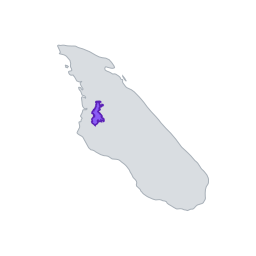 Ambato Boeni, Boeny, Madagascar shown in context, rotated 303°
{"feature_id": "10022922B29824664852903", "entity_name": "Ambato Boeni", "entity_type": "district", "adm_level": 2, "iso_a3": "MDG", "parent_name": "Madagascar", "parent_adm1": "Boeny", "projection": "natural_earth1", "projection_center": [46.383, -16.718], "detail": "fine", "context": "in_parent", "style": "filled", "palette": "violet", "viewbox_px": 256, "rotation_deg": 303, "n_neighbors": 0, "source": "geoboundaries", "source_scale": "gbopen_adm2", "svg_char_len": 6988}
<svg xmlns="http://www.w3.org/2000/svg" viewBox="0 0 256 256"><g transform="rotate(303 128 128)"><path d="M162.8,29.7L163.4,31.3L164.1,32.8L166.3,36.5L167.3,38.0L168.1,39.5L168.4,42.5L169.8,47.2L171.1,54.3L171.5,61.6L171.9,65.0L172.9,68.1L174.5,71.4L175.0,75.0L174.0,78.7L172.5,82.3L172.1,82.9L171.4,83.8L171.1,83.8L169.9,82.9L169.0,81.4L167.8,77.9L167.3,76.1L166.8,75.8L165.4,76.0L164.3,77.1L164.1,77.8L164.3,79.8L164.7,81.5L164.9,83.3L164.9,85.6L165.3,86.3L165.9,86.9L166.5,88.4L166.5,91.9L166.2,93.7L165.2,95.2L165.2,96.1L165.6,97.0L165.2,97.5L163.9,98.2L163.3,98.7L162.6,100.3L161.4,103.5L161.2,105.1L161.9,110.1L161.7,113.6L160.2,120.3L159.3,123.5L158.1,127.4L156.2,132.4L154.3,138.7L152.7,145.2L151.6,149.1L150.2,153.0L148.4,159.8L146.9,166.7L144.6,174.3L141.4,182.8L141.1,183.9L140.4,188.2L139.7,192.0L138.9,195.7L137.1,201.9L136.9,203.8L136.5,205.6L134.8,209.5L134.1,210.9L133.6,212.4L133.3,214.4L132.8,216.2L131.6,219.7L129.7,222.6L128.5,223.7L125.8,225.3L124.4,225.6L121.4,225.6L118.5,226.5L115.4,228.2L112.5,230.2L111.4,231.1L110.1,231.6L106.3,231.8L105.1,231.3L101.2,228.1L99.7,227.6L96.9,227.1L96.0,226.9L95.2,226.4L94.1,224.8L91.8,223.3L91.2,222.9L90.9,221.9L90.6,220.9L90.0,219.7L89.6,217.4L88.8,215.8L86.7,213.1L86.5,212.2L86.3,209.2L86.3,207.2L86.1,203.6L86.3,201.8L87.1,200.3L86.8,198.6L86.0,196.9L85.7,195.0L85.1,193.4L82.8,190.4L82.3,188.9L81.9,187.4L81.1,182.6L81.0,181.0L81.1,177.5L81.4,175.7L81.9,174.4L82.0,173.5L82.4,172.7L82.9,172.1L83.2,171.3L84.0,166.8L85.1,165.8L86.7,165.3L87.9,164.1L88.6,162.5L89.3,159.3L91.3,156.0L92.0,154.3L93.6,151.8L94.9,148.2L95.4,146.5L95.7,144.7L96.0,140.9L96.3,139.0L96.2,137.2L95.4,135.2L93.5,131.7L93.4,131.1L93.5,128.5L93.4,126.6L92.7,124.7L91.7,122.9L90.8,119.6L90.4,114.1L90.5,112.2L90.2,110.4L89.5,108.7L90.0,105.8L95.7,95.2L95.9,94.0L95.7,90.8L95.8,88.9L96.0,88.2L96.4,87.8L97.4,87.6L102.1,87.1L102.7,86.8L103.9,85.9L105.5,84.2L106.2,83.7L106.8,83.9L107.2,84.6L107.8,85.0L109.6,84.2L110.4,84.2L111.1,84.3L111.5,83.6L111.7,82.6L111.9,82.0L112.4,81.6L114.9,81.4L116.4,81.1L118.4,80.4L118.9,80.5L120.5,83.0L121.0,83.2L121.6,83.3L122.1,82.8L120.8,81.6L120.6,80.9L120.7,80.0L121.4,78.3L122.6,77.0L125.2,74.9L127.9,72.6L128.7,72.4L129.4,72.8L129.9,75.6L129.8,76.0L130.2,76.1L130.7,75.7L131.2,74.6L131.2,73.7L130.9,72.8L130.7,72.1L130.7,71.4L132.0,69.8L133.1,68.2L133.6,66.3L134.1,65.5L135.2,64.5L135.5,64.7L135.8,65.5L136.0,66.3L135.7,67.1L135.2,67.9L135.1,69.0L135.7,69.2L136.3,69.0L137.2,67.0L138.2,65.1L138.8,64.2L139.6,63.5L140.9,63.6L142.1,64.0L140.1,62.1L139.6,59.4L142.0,54.8L142.0,53.8L142.4,53.5L142.5,53.1L141.3,51.5L141.1,50.8L141.2,49.6L141.8,48.5L142.4,47.8L143.1,47.5L143.7,47.9L145.0,49.2L145.9,49.4L147.0,48.2L147.9,46.6L149.2,45.6L150.8,44.9L153.1,42.5L154.6,37.4L154.7,35.9L154.4,34.1L153.8,32.4L153.0,30.2L153.2,29.8L154.4,30.1L154.9,29.8L156.2,27.9L158.5,24.2L159.2,24.3L159.9,24.9L160.1,25.9L160.6,26.6L162.1,28.4L162.8,29.7ZM147.1,44.0L147.1,44.5L145.4,44.3L145.1,42.4L146.0,42.3L146.1,41.5L146.7,41.4L147.2,43.1L147.1,44.0ZM167.8,98.3L166.3,101.1L166.7,98.8L168.4,95.4L168.9,95.1L167.8,98.3Z" fill="#d9dde1" stroke="#a8b0b8" stroke-width="1"/><path d="M112.2,99.1L112.4,99.0L112.7,99.0L112.8,99.1L113.4,99.1L113.5,99.2L113.7,99.3L113.9,99.4L114.0,99.4L114.4,99.5L114.6,99.7L114.8,99.7L114.9,99.8L115.1,99.8L115.4,99.7L115.5,99.7L115.7,99.8L115.8,99.7L116.0,99.7L116.4,99.6L116.6,99.7L116.6,99.4L116.9,99.1L117.0,98.9L117.2,99.0L117.3,99.0L117.3,98.9L117.2,98.7L117.3,98.6L117.5,98.5L117.8,98.5L117.7,98.7L117.7,98.8L117.8,98.8L117.7,98.9L117.8,99.0L117.9,99.3L117.8,99.2L117.8,99.3L118.0,99.5L118.1,99.8L117.9,100.1L118.0,100.1L118.0,100.3L118.1,100.6L118.3,100.7L118.5,100.8L118.6,101.1L118.6,101.3L118.6,101.6L118.6,101.9L118.7,102.1L118.8,101.9L119.2,101.4L119.4,101.4L119.6,101.3L119.8,101.3L119.9,101.2L119.9,101.3L120.0,101.4L119.9,101.7L120.0,101.9L120.0,102.1L120.2,102.4L120.2,102.6L120.3,102.7L120.4,102.9L120.3,103.0L120.3,103.3L120.3,103.5L120.2,104.0L120.4,104.1L120.8,103.9L121.0,103.9L121.4,103.7L121.7,103.5L121.8,103.3L122.0,103.1L122.0,102.8L122.3,102.7L122.2,102.5L122.3,102.5L122.3,102.3L122.4,102.1L122.3,101.9L122.6,101.7L122.4,100.9L122.4,100.7L122.5,100.4L122.4,100.3L122.5,100.2L122.7,99.9L122.8,99.6L123.0,99.7L123.4,99.5L123.6,99.8L123.7,99.7L123.8,99.7L124.2,99.2L124.2,98.8L124.2,98.7L124.5,98.3L124.6,97.8L124.6,97.6L124.4,97.4L124.6,97.1L124.9,96.8L125.0,96.7L125.0,96.3L124.9,96.2L125.0,96.1L124.9,95.9L124.9,95.7L125.0,95.6L125.2,95.4L125.2,95.1L125.2,94.5L125.2,94.3L125.2,94.1L125.3,93.9L125.5,93.7L125.8,94.0L126.2,94.0L126.4,94.0L126.6,93.9L126.8,93.9L126.8,94.0L127.0,94.1L127.3,94.3L127.5,94.4L127.6,94.5L128.1,94.5L128.1,94.4L128.2,94.1L128.4,94.2L128.5,94.0L128.6,93.9L128.7,93.6L128.8,93.8L129.0,93.7L129.5,93.1L129.8,93.0L130.0,93.1L130.3,93.2L130.5,93.2L130.6,93.3L130.7,93.1L130.8,93.2L130.9,93.4L131.1,93.4L131.1,93.5L131.3,93.8L131.4,93.7L131.5,93.7L131.5,93.8L131.7,94.0L131.8,94.0L132.0,94.0L132.1,93.8L132.3,94.0L132.5,94.3L132.7,94.5L132.9,94.4L132.9,94.5L133.2,94.5L133.3,94.7L133.3,94.8L133.4,95.0L133.5,95.3L133.5,95.1L133.7,94.9L133.8,94.6L133.8,94.3L133.9,94.1L133.8,93.9L133.7,93.6L133.4,93.9L133.4,93.6L133.2,93.6L133.1,93.4L132.9,93.4L132.4,93.1L132.2,93.1L132.3,92.9L132.2,92.7L131.8,92.5L131.7,92.4L131.6,92.1L131.6,91.9L131.8,91.8L132.0,91.6L132.3,91.6L132.5,91.5L132.5,91.3L132.6,90.9L133.0,90.5L133.3,90.5L133.4,90.4L133.2,90.3L133.3,90.1L133.4,89.8L133.5,89.6L133.8,89.7L134.5,90.6L134.7,90.8L134.8,90.8L135.0,90.9L135.1,90.4L135.1,90.0L135.1,89.8L134.9,89.6L134.6,89.4L134.4,89.5L134.3,89.4L134.1,89.4L133.8,89.3L133.8,89.1L133.9,88.9L134.0,88.9L134.0,88.7L133.9,88.5L134.0,88.3L133.9,88.3L133.5,88.3L133.2,88.3L133.1,88.1L132.9,87.8L133.0,87.5L133.0,87.3L133.1,87.1L133.0,86.9L132.9,86.9L132.3,86.8L132.1,86.9L132.1,87.0L131.9,87.8L131.7,88.0L131.2,88.2L131.1,88.5L130.8,88.5L130.7,88.4L130.5,88.6L130.3,88.4L130.2,88.4L130.1,88.5L129.8,88.7L129.7,88.7L129.5,88.9L129.0,89.1L128.5,89.6L128.1,89.5L127.9,89.5L127.9,89.4L127.7,89.3L127.5,89.5L127.1,89.7L126.9,89.5L126.5,89.5L126.3,89.7L126.2,89.7L125.9,89.8L125.8,89.7L125.7,89.8L125.4,89.8L125.3,89.7L125.2,89.5L124.9,89.4L124.7,89.5L124.4,89.5L124.4,89.3L124.2,89.4L124.1,89.5L123.9,89.8L123.5,89.3L123.1,89.3L121.8,89.2L121.4,89.4L121.2,89.6L120.7,89.8L120.7,90.0L120.8,90.1L121.0,90.3L121.5,90.8L121.8,90.8L121.4,91.0L121.2,91.1L120.7,91.4L120.6,91.5L120.5,91.8L120.5,92.4L120.4,92.6L120.4,92.8L120.5,92.9L120.4,93.0L120.1,92.8L119.9,92.9L119.6,93.5L119.4,93.6L119.4,93.2L119.5,92.8L119.4,92.9L118.9,93.0L118.3,93.2L118.2,93.1L117.9,92.9L117.7,92.9L117.4,93.0L117.2,93.0L116.9,93.0L116.7,92.9L116.6,93.0L116.2,92.9L115.9,92.8L115.6,93.0L115.4,93.1L115.3,93.3L115.0,93.5L114.8,93.8L114.7,94.1L114.3,94.5L114.2,94.6L113.7,94.5L113.6,94.4L113.4,94.2L113.3,94.3L113.2,94.6L112.9,95.0L112.7,95.4L112.6,95.5L112.6,95.8L112.7,96.0L112.7,96.3L112.6,96.5L112.6,97.0L112.6,97.3L112.5,97.7L112.4,98.0L112.3,98.5L112.2,98.9L112.2,99.1Z" fill="#8b5cf6" stroke="#5b21b6" stroke-width="1.5"/></g></svg>